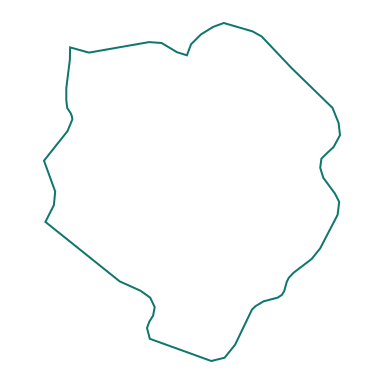 Biella, Robinson projection
{"feature_id": "ITA-5435", "entity_name": "Biella", "entity_type": "Province", "adm_level": 1, "iso_a3": "ITA", "parent_name": "Italy", "parent_adm1": "", "projection": "robinson", "projection_center": [8.102, 45.568], "detail": "fine", "context": "isolated", "style": "outline", "palette": "teal", "viewbox_px": 384, "rotation_deg": 0, "n_neighbors": 0, "source": "natural_earth", "source_scale": "10m", "svg_char_len": 805}
<svg xmlns="http://www.w3.org/2000/svg" viewBox="0 0 384 384"><path d="M223.8,23.0L252.6,31.4L261.7,36.5L291.6,68.1L332.5,107.9L338.6,123.0L340.0,135.2L333.6,147.0L326.5,153.6L321.4,158.7L320.2,167.8L323.3,177.8L334.9,193.5L339.2,201.9L337.6,214.8L320.1,248.5L311.6,259.0L293.6,272.7L288.7,277.9L286.7,282.0L284.2,291.1L281.9,294.9L277.7,297.6L263.6,301.3L255.6,306.1L252.0,309.5L235.1,344.7L224.6,357.7L211.3,361.0L149.8,338.8L147.0,328.0L149.4,321.5L153.1,315.6L154.7,307.1L150.2,297.7L140.6,290.8L119.7,281.4L45.4,221.9L53.9,205.1L55.2,191.5L44.0,160.7L67.5,131.1L72.4,119.3L71.8,116.0L70.6,113.1L67.2,107.9L66.3,100.2L66.3,88.1L69.9,59.4L70.1,47.4L88.9,52.6L149.0,42.1L161.6,43.0L177.0,52.2L186.9,55.3L191.1,44.2L201.0,34.4L213.1,26.9L223.8,23.0Z" fill="none" stroke="#0f766e" stroke-width="2"/></svg>